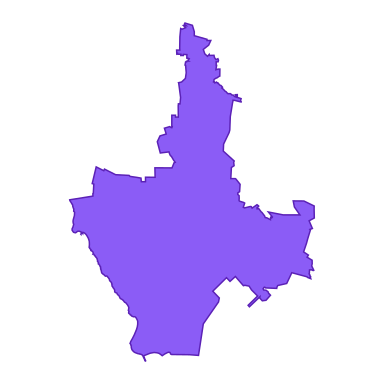 the district of Pitiquito, Sonora, Mexico
{"feature_id": "50627088B68364674252683", "entity_name": "Pitiquito", "entity_type": "district", "adm_level": 2, "iso_a3": "MEX", "parent_name": "Mexico", "parent_adm1": "Sonora", "projection": "robinson", "projection_center": [-112.292, 30.097], "detail": "fine", "context": "isolated", "style": "filled", "palette": "violet", "viewbox_px": 384, "rotation_deg": 0, "n_neighbors": 0, "source": "geoboundaries", "source_scale": "gbopen_adm2", "svg_char_len": 5907}
<svg xmlns="http://www.w3.org/2000/svg" viewBox="0 0 384 384"><path d="M69.7,199.8L69.8,200.4L70.4,201.5L71.4,202.8L71.7,203.8L72.3,204.2L72.6,204.9L72.8,206.5L73.0,206.8L73.1,207.6L73.8,209.0L73.7,211.3L74.5,212.0L74.6,212.3L74.4,215.6L73.3,219.5L73.0,221.2L73.2,222.2L73.1,222.8L73.7,224.3L72.9,227.1L72.1,228.8L72.1,230.2L73.0,231.6L73.6,232.3L74.6,232.6L75.4,232.8L75.9,232.6L77.3,231.5L78.1,231.2L79.2,231.2L80.9,231.9L81.3,232.1L81.3,232.4L81.5,232.1L81.4,232.4L81.6,232.4L81.9,232.8L80.8,234.2L80.9,234.3L80.9,234.2L81.9,232.8L82.2,233.1L82.1,232.7L82.5,232.9L82.4,232.5L82.6,232.4L83.4,232.5L84.6,233.1L85.9,234.3L86.6,235.2L88.3,238.2L89.2,241.0L89.3,241.8L89.4,244.2L89.3,246.3L89.1,247.1L89.5,247.4L89.4,247.7L89.7,248.4L90.6,249.3L90.8,250.3L91.3,250.3L91.4,250.9L92.2,251.2L93.1,252.3L93.1,253.5L93.3,253.7L93.2,253.9L93.5,253.8L93.8,254.1L94.1,255.0L94.7,255.4L94.9,255.9L95.1,255.9L95.7,257.0L96.0,257.1L97.2,258.8L97.2,259.8L97.6,260.4L97.5,261.5L98.3,262.3L98.3,263.9L99.0,264.2L99.0,264.5L99.6,265.1L99.8,265.7L100.0,266.0L100.1,266.6L100.5,266.7L100.6,267.1L100.6,268.8L100.8,268.9L100.9,269.9L101.2,270.2L101.3,270.4L101.3,271.0L101.7,272.9L102.9,273.9L103.1,274.3L103.7,274.5L105.3,276.1L105.7,276.2L106.8,276.0L107.5,276.6L107.7,277.1L108.2,277.5L108.7,278.3L109.2,278.8L109.5,280.2L109.8,280.8L110.2,281.3L110.5,281.4L110.8,281.9L111.2,282.2L111.5,282.6L111.6,283.4L111.9,283.8L111.8,284.1L112.0,284.2L112.0,285.9L112.2,286.3L112.7,286.8L113.1,287.8L113.6,288.2L114.3,289.4L114.6,289.9L114.7,291.6L114.9,292.1L115.4,292.5L116.9,293.1L117.5,294.6L118.7,295.4L119.0,295.8L120.1,298.2L120.4,298.6L121.9,299.3L122.8,300.1L123.0,300.1L124.6,302.2L125.7,302.7L127.5,304.9L128.4,306.5L128.8,307.6L128.5,309.8L128.3,310.3L128.9,311.3L128.6,312.8L128.7,313.2L129.7,314.1L130.1,314.3L130.4,315.0L131.0,315.1L131.6,316.0L133.5,316.8L134.5,316.7L135.0,316.8L135.7,317.3L136.2,318.0L137.3,320.1L137.7,321.4L137.7,324.2L137.3,326.8L136.5,329.5L134.4,334.6L132.6,338.2L130.7,341.6L130.4,342.6L130.0,343.4L130.8,344.5L130.8,345.1L131.3,345.9L131.2,346.9L131.6,348.8L132.1,350.0L132.6,350.3L132.8,350.8L133.8,351.8L135.1,352.6L138.3,353.8L139.4,353.8L139.7,354.1L140.7,354.2L141.2,354.4L141.4,354.6L142.2,354.9L142.6,355.3L144.0,358.4L144.3,358.7L144.9,360.7L145.2,360.9L145.5,361.0L145.6,360.5L145.3,360.2L145.0,359.2L144.7,359.1L144.5,358.5L144.3,357.3L143.4,356.4L144.4,355.5L150.2,353.2L154.1,352.5L157.1,352.8L159.1,353.4L160.7,354.5L162.2,355.7L164.7,354.0L167.0,352.8L168.2,352.3L169.2,352.3L170.0,352.5L170.6,354.0L171.6,354.5L189.4,354.7L198.5,355.4L203.3,323.9L218.5,302.0L219.3,298.0L212.8,291.2L226.5,277.7L230.0,281.4L235.4,276.5L243.4,285.7L244.9,285.3L249.1,286.1L251.5,289.9L257.6,296.0L248.1,305.3L249.4,306.8L259.9,296.8L259.7,298.0L262.3,300.8L266.0,300.3L270.5,295.2L269.1,293.7L268.7,293.6L268.1,291.8L266.0,290.2L263.7,290.0L263.1,288.8L264.0,287.4L264.8,287.2L265.6,287.9L276.7,288.4L276.7,287.9L277.6,285.7L277.8,285.5L286.7,283.5L291.8,272.7L306.3,276.6L307.4,277.1L307.7,277.5L310.8,278.7L310.4,277.1L310.2,277.0L310.6,276.6L310.0,275.8L310.0,275.2L309.8,275.1L309.5,274.3L309.2,274.1L309.1,273.7L309.4,272.9L309.4,270.8L309.8,270.2L309.7,269.9L311.5,269.8L312.6,270.4L313.5,270.5L313.8,270.3L311.7,265.9L312.2,263.7L312.1,260.2L307.1,257.2L308.4,255.1L303.6,251.9L306.5,243.3L307.8,238.5L310.4,230.0L309.9,229.4L312.4,228.5L309.1,220.8L314.3,218.0L314.1,208.4L314.2,206.0L303.9,201.0L293.2,200.9L294.4,207.0L299.9,214.9L283.3,214.9L268.4,212.0L272.4,217.0L272.1,217.5L270.8,217.1L270.6,217.6L271.1,218.0L270.9,218.6L270.2,219.0L270.3,219.6L266.8,217.8L265.2,217.6L264.6,215.9L261.9,212.4L261.2,211.9L258.8,208.7L257.1,208.8L257.1,207.6L258.6,206.6L258.6,205.9L257.0,204.7L252.1,208.1L251.2,206.6L250.3,206.5L244.5,207.9L243.3,207.3L244.7,203.1L243.8,202.5L239.4,201.1L239.0,200.1L239.2,199.0L239.1,195.6L237.8,194.5L237.8,192.9L239.6,191.7L240.1,184.3L235.9,179.0L235.3,178.6L230.8,178.6L231.4,167.5L234.1,165.7L233.7,162.3L234.2,161.0L223.3,151.1L223.6,144.1L229.1,132.6L229.8,130.0L230.3,116.6L232.6,102.5L232.9,101.5L232.9,101.1L233.0,100.2L234.4,100.3L241.1,102.0L241.2,101.7L240.5,101.1L241.1,98.6L237.3,97.4L237.3,94.6L235.4,94.7L235.8,95.6L236.1,97.1L234.9,96.7L233.4,95.4L233.4,95.2L231.8,94.9L230.7,93.8L230.3,93.6L228.0,93.7L227.5,93.1L227.0,92.9L226.1,91.7L225.1,91.2L223.5,89.4L221.8,88.0L222.5,87.2L221.0,85.5L219.6,85.0L218.6,83.7L218.0,83.5L218.0,82.9L216.8,82.5L216.5,82.1L216.2,82.3L216.2,82.5L215.6,82.5L214.9,82.9L214.4,81.9L213.9,82.1L213.5,81.9L213.8,81.4L214.1,79.4L215.9,78.2L216.8,78.0L219.2,76.3L219.8,76.1L219.9,69.1L218.0,69.1L215.9,69.7L216.6,65.5L216.2,65.5L216.2,61.8L218.1,61.8L218.5,60.2L217.9,58.7L216.0,59.6L214.5,57.6L214.0,55.3L209.4,55.4L209.2,54.4L207.5,56.3L204.8,53.8L203.3,49.4L208.7,45.1L210.8,40.5L207.0,40.5L207.0,39.3L194.3,35.7L194.3,31.7L192.4,25.3L185.5,23.2L185.0,23.0L184.3,24.3L186.1,25.7L183.6,25.7L185.6,27.7L182.0,29.2L180.7,28.5L179.9,36.7L179.7,47.9L179.8,50.1L176.6,50.1L176.8,54.0L177.0,53.9L177.0,53.4L177.5,53.3L177.5,54.2L180.9,54.3L180.8,55.5L183.3,55.5L183.4,54.4L186.9,54.6L186.8,58.2L187.3,58.5L187.5,58.5L187.4,58.4L187.6,58.1L189.2,58.7L188.2,60.3L187.8,60.7L187.8,60.9L188.2,61.1L186.6,61.2L186.6,61.8L185.6,61.9L185.0,65.1L185.6,65.4L186.2,72.8L185.4,78.4L181.6,82.0L178.5,82.7L178.7,83.2L180.6,97.5L180.0,103.9L178.4,103.8L178.2,105.8L178.3,117.1L175.5,117.1L175.5,115.2L171.8,115.2L171.8,126.6L172.2,126.6L171.9,127.6L171.4,127.5L171.2,127.6L169.7,126.6L164.4,128.2L166.2,134.0L160.0,135.9L157.3,141.7L160.3,153.0L169.0,151.9L169.4,153.4L170.0,154.9L170.5,155.7L171.4,156.4L173.5,160.0L175.2,162.3L174.1,162.7L172.0,167.9L154.9,167.8L155.1,177.3L145.5,177.2L145.5,181.7L141.3,181.7L141.0,178.1L137.0,177.4L130.1,176.4L129.1,175.4L115.6,174.7L104.5,169.1L103.8,170.7L96.2,166.9L92.2,183.6L93.8,184.1L93.3,193.2L92.9,193.5L92.9,196.1L69.7,199.8Z" fill="#8b5cf6" stroke="#5b21b6" stroke-width="1.5"/></svg>